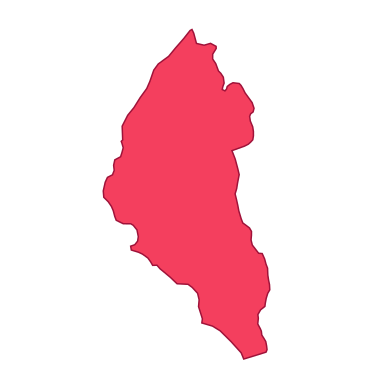 Agios Athanasios, Limassol, Cyprus, rotated 5°
{"feature_id": "46923920B71165421067195", "entity_name": "Agios Athanasios", "entity_type": "district", "adm_level": 2, "iso_a3": "CYP", "parent_name": "Cyprus", "parent_adm1": "Limassol", "projection": "robinson", "projection_center": [33.058, 34.721], "detail": "fine", "context": "isolated", "style": "filled", "palette": "rose", "viewbox_px": 384, "rotation_deg": 5, "n_neighbors": 0, "source": "geoboundaries", "source_scale": "gbopen_adm2", "svg_char_len": 1885}
<svg xmlns="http://www.w3.org/2000/svg" viewBox="0 0 384 384"><g transform="rotate(5 192 192)"><path d="M177.8,30.1L176.0,31.3L170.3,40.0L163.0,50.0L156.9,58.9L147.3,67.3L143.3,73.9L140.4,85.5L137.9,92.9L132.2,102.4L126.8,113.0L121.3,121.1L116.7,132.5L118.4,146.2L117.1,147.7L117.9,149.4L119.6,153.9L118.8,158.7L117.8,163.1L112.3,166.7L111.6,172.2L112.6,177.2L111.3,181.8L106.5,184.8L104.7,189.8L103.5,198.7L104.6,205.0L109.4,209.0L113.0,213.4L115.2,217.5L117.2,223.1L119.0,226.8L126.3,229.6L133.8,229.0L136.4,230.3L140.5,234.6L142.4,241.2L142.1,245.7L139.6,249.5L135.6,251.3L136.6,255.1L144.1,256.7L148.1,258.2L153.8,261.6L156.9,265.2L159.2,268.5L163.5,268.0L166.9,271.3L177.6,278.7L185.1,284.7L196.1,284.3L200.5,287.0L206.4,292.4L208.5,298.8L208.5,305.6L210.8,311.1L213.4,317.4L213.2,321.6L224.1,323.8L232.1,327.8L243.8,337.5L255.0,347.9L258.1,353.9L279.7,345.1L279.8,344.9L280.5,342.5L279.7,338.7L278.5,334.5L276.5,331.7L274.0,328.4L273.2,324.6L272.0,322.3L269.0,317.7L269.1,312.0L268.3,308.4L270.6,303.4L274.6,299.6L274.7,296.8L275.2,291.5L276.3,286.3L278.0,282.7L277.3,277.6L276.0,273.2L274.8,268.3L273.9,261.3L272.0,257.4L270.2,252.4L267.3,247.2L263.7,247.2L256.7,239.6L255.0,234.6L255.0,229.9L254.7,226.1L252.4,222.8L248.6,220.4L245.3,218.4L243.3,214.3L240.3,206.8L238.8,201.4L237.0,195.7L235.1,190.1L236.2,184.8L236.6,179.0L237.5,170.6L235.5,164.6L232.2,155.5L228.2,147.3L240.2,141.8L243.9,139.5L246.0,137.3L248.0,134.7L248.3,130.7L247.9,126.3L246.8,121.8L243.9,116.2L242.8,111.6L243.6,109.0L245.9,106.9L246.5,103.2L244.1,97.7L236.2,88.6L233.7,84.5L231.5,81.5L229.6,79.8L223.3,79.6L220.3,81.5L217.9,83.8L217.4,86.5L216.0,88.4L213.2,87.3L213.5,84.5L214.5,80.7L213.2,74.9L210.3,71.2L209.3,70.4L207.8,69.1L204.5,62.1L201.0,57.7L200.6,52.9L203.6,46.9L203.3,44.8L197.5,42.3L191.3,44.7L183.5,43.6L179.9,33.7L177.8,30.1Z" fill="#f43f5e" stroke="#9f1239" stroke-width="1.5"/></g></svg>